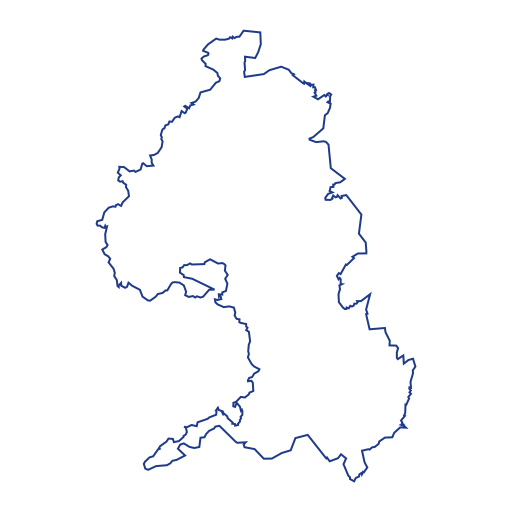 outline of Zongolica, Veracruz, Mexico
{"feature_id": "50627088B83388448178787", "entity_name": "Zongolica", "entity_type": "district", "adm_level": 2, "iso_a3": "MEX", "parent_name": "Mexico", "parent_adm1": "Veracruz", "projection": "orthographic", "projection_center": [-96.939, 18.652], "detail": "fine", "context": "isolated", "style": "outline", "palette": "blue", "viewbox_px": 512, "rotation_deg": 0, "n_neighbors": 0, "source": "geoboundaries", "source_scale": "gbopen_adm2", "svg_char_len": 6048}
<svg xmlns="http://www.w3.org/2000/svg" viewBox="0 0 512 512"><path d="M361.9,474.4L363.1,471.8L363.9,472.3L367.3,467.4L364.6,462.4L362.0,450.7L368.4,449.2L369.6,449.6L372.0,447.4L374.8,446.9L378.7,443.8L379.2,441.5L384.9,437.6L392.3,437.3L394.2,432.8L400.2,427.4L406.0,427.7L404.1,425.8L401.3,424.9L403.1,424.2L401.9,423.4L402.3,422.4L401.0,420.6L404.9,415.9L404.1,415.5L405.2,413.1L405.5,404.5L406.3,404.7L409.1,398.5L408.3,397.0L411.0,393.8L409.5,392.4L410.8,390.5L409.3,388.7L409.4,387.4L411.0,387.8L410.5,381.9L413.0,373.3L412.8,370.4L415.4,366.6L413.0,358.7L408.5,360.0L403.8,363.6L403.3,355.5L397.8,359.1L396.9,358.0L396.8,352.6L398.1,348.1L396.2,345.6L389.5,345.4L389.8,340.8L385.5,332.2L384.9,328.0L369.6,329.3L366.1,314.1L367.5,313.7L366.1,309.6L370.1,294.2L361.0,301.1L357.1,301.1L357.7,302.2L356.5,303.7L354.3,303.7L353.6,305.8L351.9,306.5L350.3,305.8L348.8,308.3L346.6,307.5L346.4,309.0L344.7,309.0L342.9,307.5L338.9,302.2L338.5,294.3L340.0,289.1L339.4,285.4L342.0,284.1L340.7,283.9L340.7,279.2L339.7,277.9L338.5,279.3L336.9,275.8L338.9,273.1L340.6,274.1L345.9,264.5L346.8,265.0L354.0,258.1L352.4,256.8L357.9,253.5L366.3,253.4L366.4,251.5L365.7,242.5L358.9,233.7L361.4,214.6L346.3,195.1L341.6,196.0L341.9,197.8L340.6,198.5L337.6,195.2L336.9,196.9L335.4,197.3L333.2,195.5L332.1,197.9L332.5,198.6L330.6,199.9L325.6,199.8L325.2,198.0L328.1,193.9L332.4,192.4L329.6,191.0L330.6,187.1L333.4,186.9L333.2,184.6L334.5,184.6L335.4,183.1L340.2,182.3L344.9,178.9L330.8,168.2L328.5,144.6L325.9,141.9L323.6,141.3L316.1,142.1L309.7,139.8L309.5,138.6L313.2,137.1L323.3,128.4L324.9,115.3L327.7,113.1L330.0,107.8L330.6,103.7L327.5,102.2L328.3,101.4L329.9,102.2L330.2,96.0L331.2,94.5L329.1,93.0L327.5,93.8L327.7,94.9L326.4,94.2L327.0,95.1L325.8,96.5L324.3,95.0L318.0,99.3L313.4,96.7L316.3,95.7L314.6,92.6L315.6,91.9L315.0,90.3L316.0,90.0L314.9,87.2L313.2,87.3L313.5,84.6L311.1,84.9L310.5,86.1L308.2,84.5L310.6,84.3L310.2,83.5L305.8,82.8L304.3,81.5L304.0,83.7L303.2,83.3L292.8,75.2L293.9,74.3L291.3,73.1L288.7,69.7L281.2,66.7L269.4,70.2L263.8,74.1L244.8,76.9L244.1,71.9L245.1,70.0L244.5,62.7L245.2,60.8L245.0,56.7L255.2,58.0L258.1,52.4L260.8,44.3L260.3,32.4L243.6,30.7L239.4,36.7L236.6,36.8L234.7,38.1L232.7,36.7L232.3,38.4L230.1,37.2L228.9,38.7L224.9,39.7L219.6,39.7L216.2,38.6L208.2,44.2L203.3,49.8L203.1,50.8L208.2,52.8L208.5,53.7L207.9,55.2L203.9,56.5L201.5,58.5L201.9,60.1L205.7,63.9L205.5,66.1L213.3,69.6L217.4,73.0L217.9,75.8L220.2,78.4L219.4,81.2L215.9,82.7L210.2,89.7L200.5,92.4L198.7,98.0L195.7,101.5L191.5,103.0L193.6,104.5L190.3,105.4L189.1,108.3L185.2,105.8L184.3,106.5L187.3,108.7L185.7,112.6L184.7,113.2L181.6,111.1L179.6,117.2L178.0,116.4L174.8,117.7L172.0,121.8L169.4,121.5L168.3,124.4L165.4,125.4L164.4,128.4L163.1,128.8L162.1,130.4L160.8,135.2L161.8,137.3L161.3,139.0L162.6,141.4L161.6,147.2L157.7,153.0L153.9,155.0L150.1,155.5L151.7,159.5L151.7,162.9L153.4,165.6L146.8,166.2L143.1,163.2L142.3,163.6L140.6,169.5L135.5,171.9L133.9,170.6L129.6,171.4L124.1,167.1L119.3,166.8L119.5,168.7L117.8,172.6L120.8,175.4L118.8,177.3L118.2,180.4L120.1,181.7L122.6,181.2L123.1,182.6L126.2,184.8L125.9,187.0L128.2,190.8L129.0,196.2L122.7,202.3L121.1,205.9L118.0,204.2L116.0,205.1L115.5,206.7L112.8,206.4L108.7,207.7L104.3,212.4L102.2,219.9L97.3,221.2L96.6,223.8L97.6,225.6L100.2,225.7L101.8,227.2L104.5,227.9L105.3,225.7L106.1,227.1L107.0,226.6L105.2,234.2L105.6,242.0L107.6,245.0L106.3,247.2L102.3,249.5L104.6,254.2L108.2,256.3L110.2,258.8L108.6,262.4L113.6,268.8L114.8,272.8L114.2,276.0L116.8,280.1L117.6,286.2L118.7,287.0L118.6,285.6L121.1,282.9L121.2,285.7L125.2,287.8L127.1,286.7L128.5,282.7L132.2,285.8L139.9,289.8L142.5,296.6L147.9,300.4L150.1,300.7L155.7,296.7L157.9,294.0L162.5,293.0L165.6,290.4L167.3,290.4L171.0,284.1L172.4,282.6L174.6,282.1L179.4,282.6L183.8,285.4L186.1,291.6L185.2,295.2L188.7,296.9L193.1,296.1L195.2,297.5L196.9,296.3L200.5,297.5L203.1,296.7L209.2,289.7L214.5,289.6L192.3,278.8L183.9,277.1L183.7,275.1L180.0,272.7L180.1,268.0L182.5,267.4L184.2,265.1L187.1,265.1L190.1,263.4L191.8,264.5L204.3,264.1L204.8,262.3L210.1,259.3L218.0,263.5L222.5,263.1L224.0,263.9L225.5,265.3L224.9,270.7L227.7,274.9L225.2,278.8L227.4,283.7L225.9,291.0L222.3,292.4L222.3,294.6L218.8,294.3L219.0,296.5L219.6,295.7L220.8,296.8L221.3,299.1L217.3,300.0L214.9,299.3L215.4,302.3L217.6,304.4L223.7,307.1L229.5,306.4L233.9,307.6L235.3,312.7L234.6,315.2L235.8,317.7L236.8,318.9L239.5,319.3L239.3,322.1L240.3,322.8L246.1,324.0L246.2,326.5L247.5,327.8L246.2,330.1L248.9,331.8L250.1,341.3L248.8,344.7L248.2,351.2L248.9,354.0L247.9,357.4L251.8,364.3L254.3,366.6L259.4,369.2L258.4,371.3L254.1,373.7L252.2,377.0L249.2,377.9L247.9,380.4L248.0,381.3L251.4,380.8L252.8,382.7L253.3,391.0L249.5,392.6L248.8,394.4L244.9,397.5L240.8,396.9L236.1,401.8L233.4,402.8L233.3,406.3L235.0,406.9L236.7,402.9L239.9,406.6L241.0,410.8L241.9,409.8L242.4,411.3L242.3,414.9L240.6,416.8L241.1,418.3L239.9,420.1L239.9,421.7L237.9,423.8L238.1,425.0L235.1,425.6L235.0,424.1L232.3,423.7L232.7,422.6L227.6,418.1L227.3,416.4L224.0,413.6L223.2,414.4L222.1,412.2L223.2,412.6L222.7,411.3L218.9,410.1L217.9,407.7L215.9,410.6L216.5,410.9L216.2,414.7L209.3,417.4L207.7,418.8L197.6,422.3L196.7,426.2L191.6,425.0L186.7,427.3L184.1,426.6L185.8,427.7L186.9,432.1L185.5,434.8L183.6,435.8L183.5,437.0L178.9,441.1L173.9,442.1L172.9,438.9L168.5,438.6L166.4,441.7L160.1,446.2L159.0,448.1L159.7,448.8L158.0,449.4L153.2,456.3L149.5,457.4L145.0,461.7L143.8,463.9L145.3,468.6L148.2,469.8L156.1,466.1L167.0,465.2L170.3,463.3L172.4,460.8L176.6,459.9L185.1,455.5L177.9,448.7L180.2,444.6L183.8,443.4L189.5,446.9L194.3,448.0L199.3,447.0L200.5,437.7L204.4,437.3L206.3,433.8L209.2,430.8L214.1,428.5L215.3,426.6L219.4,425.8L235.4,441.5L237.2,442.8L245.7,442.3L243.7,444.4L244.5,447.2L254.6,449.1L263.8,458.7L271.8,458.6L281.8,453.0L290.7,450.3L295.4,438.1L307.7,434.9L326.2,458.4L327.0,457.5L329.7,461.3L338.0,458.2L341.0,454.3L346.1,458.4L343.5,464.2L348.4,475.8L350.0,477.2L350.0,479.0L354.1,481.3L355.8,478.0L359.0,476.5L359.4,474.3L361.5,473.0L361.9,474.4Z" fill="none" stroke="#1e3a8a" stroke-width="2"/></svg>